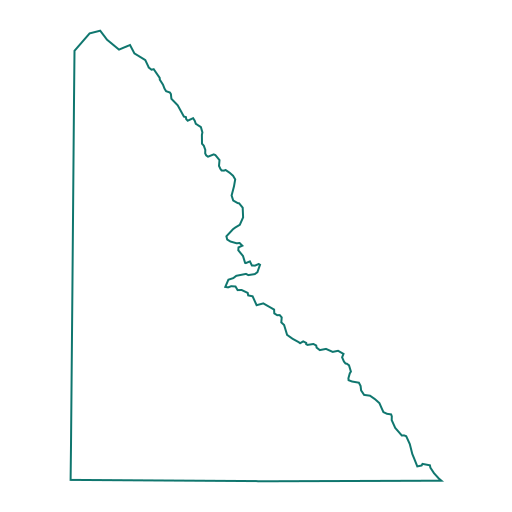 the district of Shoshone, Idaho, United States of America
{"feature_id": "52423323B48637166565981", "entity_name": "Shoshone", "entity_type": "district", "adm_level": 2, "iso_a3": "USA", "parent_name": "United States of America", "parent_adm1": "Idaho", "projection": "orthographic", "projection_center": [-115.626, 47.501], "detail": "fine", "context": "isolated", "style": "outline", "palette": "teal", "viewbox_px": 512, "rotation_deg": 0, "n_neighbors": 0, "source": "geoboundaries", "source_scale": "gbopen_adm2", "svg_char_len": 2020}
<svg xmlns="http://www.w3.org/2000/svg" viewBox="0 0 512 512"><path d="M148.7,67.3L145.3,60.1L134.4,53.4L130.0,45.0L119.0,49.6L107.0,39.7L100.2,30.7L89.6,33.4L74.5,50.8L74.0,101.2L72.4,290.0L71.0,445.3L70.6,479.9L256.6,481.1L258.2,481.3L441.4,480.7L438.7,478.4L434.0,473.2L430.4,467.7L429.9,465.3L422.5,463.9L421.6,465.5L417.3,466.4L414.2,458.6L412.3,454.0L409.8,444.1L406.2,436.2L404.1,435.4L401.8,435.5L395.2,427.9L391.7,420.1L391.8,416.3L391.1,414.4L387.0,413.8L383.4,412.1L381.6,408.1L379.4,403.1L375.0,399.2L370.0,395.7L364.1,394.9L361.1,390.4L360.6,386.0L358.9,382.7L352.0,381.5L348.6,380.2L348.4,378.3L349.8,373.3L350.9,371.6L349.0,365.3L346.8,363.7L345.5,363.5L343.9,361.5L342.1,357.3L343.5,353.9L338.1,350.8L332.7,351.9L326.0,348.9L319.8,350.1L316.6,347.6L316.2,345.5L313.4,344.0L307.5,344.9L306.2,344.2L306.2,342.9L303.2,341.4L300.1,343.2L298.6,342.1L292.6,338.8L287.1,334.9L284.1,325.0L281.3,322.4L281.7,317.4L279.7,315.1L277.2,315.2L274.3,313.4L274.1,309.6L263.3,303.4L256.6,305.2L252.6,296.3L248.2,295.4L247.7,292.9L241.6,290.0L237.6,290.1L235.5,286.5L231.2,286.2L228.1,287.4L225.3,286.9L228.4,279.7L233.3,278.1L236.3,275.8L246.0,273.9L248.3,275.1L254.8,274.1L257.4,272.2L260.0,264.8L258.7,264.0L255.0,265.6L251.9,265.5L249.9,261.4L245.8,263.1L245.1,262.9L243.0,256.0L238.3,250.3L238.5,247.4L242.3,245.7L239.6,243.0L236.7,243.3L230.4,241.5L227.2,239.5L226.4,236.3L233.0,229.2L235.3,227.5L239.8,224.8L243.1,217.4L242.7,207.7L239.1,203.3L237.7,203.1L233.2,200.5L231.6,195.5L234.0,186.3L235.2,179.4L233.1,175.8L229.7,172.8L225.6,170.0L224.0,170.6L221.6,170.5L220.4,168.9L219.0,165.9L219.5,160.1L215.4,155.1L213.7,154.4L208.0,156.7L206.2,155.4L205.2,153.4L205.3,149.9L203.8,145.7L202.0,143.7L201.9,134.9L202.4,132.4L200.9,127.1L195.8,123.8L194.7,120.7L193.1,118.2L187.7,120.7L186.2,119.1L185.9,117.1L183.9,116.6L177.7,105.3L171.4,98.8L170.9,94.1L169.9,92.5L166.1,91.2L164.5,88.6L163.0,84.7L159.8,79.7L159.7,77.9L153.7,69.2L151.5,69.7L148.7,67.5L148.7,67.3Z" fill="none" stroke="#0f766e" stroke-width="2"/></svg>